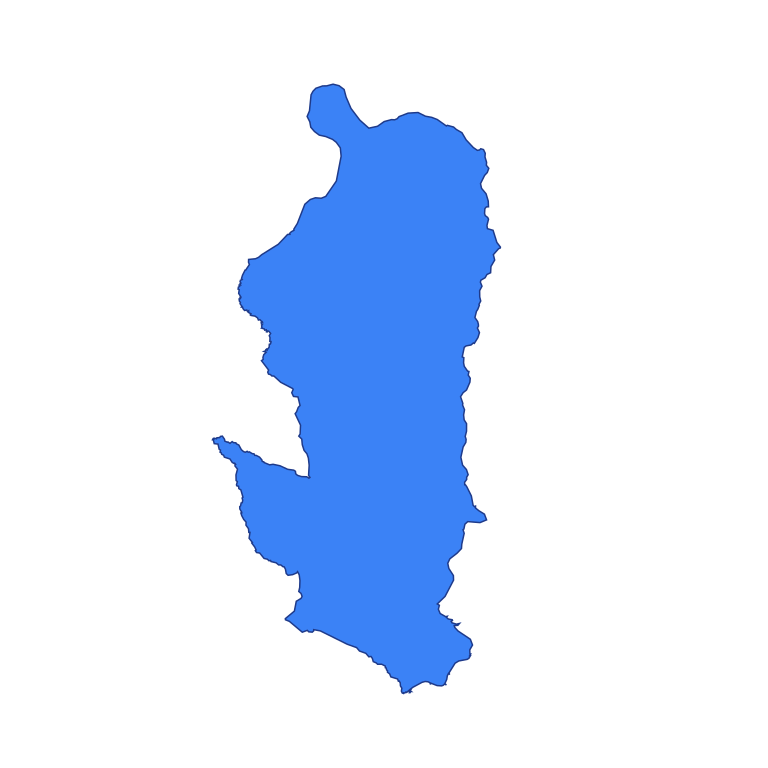 outline of Bole, Northern, Ghana, rotated 217°
{"feature_id": "2480657B39398526932747", "entity_name": "Bole", "entity_type": "district", "adm_level": 2, "iso_a3": "GHA", "parent_name": "Ghana", "parent_adm1": "Northern", "projection": "orthographic", "projection_center": [-2.328, 8.691], "detail": "fine", "context": "isolated", "style": "filled", "palette": "blue", "viewbox_px": 768, "rotation_deg": 217, "n_neighbors": 0, "source": "geoboundaries", "source_scale": "gbopen_adm2", "svg_char_len": 6171}
<svg xmlns="http://www.w3.org/2000/svg" viewBox="0 0 768 768"><g transform="rotate(217 384 384)"><path d="M183.5,148.2L182.2,148.6L182.5,149.2L181.4,149.8L181.1,151.3L180.3,151.3L179.5,155.1L178.0,152.7L177.4,153.3L178.0,154.2L177.2,154.8L178.4,154.8L178.6,156.2L179.2,155.9L178.5,159.0L174.1,168.6L172.1,171.2L169.4,172.8L167.4,173.0L166.0,172.0L166.8,173.2L160.1,175.1L156.3,177.6L155.4,179.0L155.1,181.1L154.5,180.8L153.1,181.3L155.1,181.3L156.1,185.8L157.8,189.0L158.3,191.5L156.7,191.5L158.2,192.3L159.2,203.8L157.6,207.8L151.8,214.2L151.1,216.0L151.5,219.1L152.1,218.7L152.3,220.6L153.0,220.2L155.5,223.3L156.2,228.8L161.4,232.1L176.2,231.3L181.1,232.2L182.5,233.3L179.8,235.7L179.6,238.2L181.6,235.8L186.0,234.2L187.5,234.8L187.0,236.4L187.7,236.8L191.2,235.0L193.6,235.2L193.7,236.5L194.7,235.3L201.0,234.5L205.0,236.8L206.6,240.6L209.1,240.4L207.4,251.1L210.4,269.2L213.3,272.8L221.2,275.7L225.2,279.2L226.2,284.0L223.8,293.0L223.1,299.2L225.5,302.9L230.1,313.0L233.2,315.2L232.9,316.2L235.0,320.7L234.3,324.5L223.9,331.1L220.3,337.2L225.5,340.5L231.8,339.9L236.2,340.0L237.4,341.5L237.8,340.5L239.9,340.8L246.9,347.2L255.9,351.7L258.2,352.5L258.9,352.1L260.5,354.1L260.5,357.5L261.9,359.3L262.2,362.2L266.7,365.3L272.4,366.5L278.5,371.7L282.9,381.3L283.5,386.6L285.1,389.2L287.6,391.0L289.7,396.0L294.2,402.0L298.4,403.6L301.8,407.2L304.2,411.9L308.6,414.5L309.4,416.0L315.2,419.9L315.6,424.7L314.5,428.9L316.5,437.2L318.6,440.5L322.1,441.8L323.7,445.1L325.0,444.6L330.5,446.4L333.2,448.8L336.1,453.1L337.8,452.7L342.0,461.6L341.3,463.9L338.0,467.5L337.3,470.6L336.3,470.8L336.9,477.6L338.7,482.5L343.1,484.9L343.4,487.1L344.6,488.5L346.7,490.2L351.4,491.8L353.9,497.7L354.0,499.9L355.2,504.2L356.1,504.8L356.7,508.5L359.9,511.1L363.8,516.1L364.6,521.1L368.3,523.3L369.1,525.2L367.2,529.7L367.7,533.4L365.8,537.0L369.3,542.2L370.2,549.6L374.5,553.1L373.9,561.0L373.0,562.6L373.4,563.4L379.1,565.0L389.4,572.4L394.9,570.3L397.2,572.6L399.7,578.5L401.4,579.4L404.5,579.4L406.3,580.7L409.0,584.8L408.8,587.1L407.2,588.4L410.8,592.8L416.9,597.3L423.9,599.0L427.5,602.1L429.2,611.1L428.8,615.0L430.1,619.3L433.9,620.3L435.5,622.8L440.0,626.1L442.0,629.2L445.6,631.1L448.3,630.1L448.5,628.5L450.0,626.8L455.0,626.6L465.3,628.4L473.0,631.6L479.4,630.8L483.1,631.1L489.1,628.7L489.5,627.6L500.6,627.3L506.3,625.7L512.1,622.8L520.2,621.3L527.8,614.8L532.9,606.6L533.1,603.8L534.5,601.4L537.1,599.7L541.8,593.7L544.3,585.9L550.1,579.2L562.1,580.2L576.2,584.2L587.0,590.4L593.1,595.2L599.4,595.2L605.1,592.8L609.2,587.6L612.4,585.1L616.4,579.2L616.9,575.1L616.3,571.1L607.9,557.3L606.4,551.4L601.0,548.7L597.0,545.0L591.5,543.8L585.5,543.8L579.4,546.6L572.3,548.4L567.6,548.3L561.0,546.3L555.3,540.1L544.2,517.4L543.4,498.8L545.9,494.6L550.9,491.4L553.9,487.0L555.4,479.9L549.8,460.1L549.2,453.4L548.4,452.6L549.7,449.7L550.0,447.5L549.2,446.9L551.0,445.4L552.5,432.0L559.5,413.7L560.4,409.7L562.0,406.7L567.1,402.0L565.5,399.7L563.4,398.4L563.0,391.8L563.5,391.4L562.5,385.8L561.3,382.5L560.1,382.1L561.1,380.5L560.5,379.0L559.0,378.5L559.3,377.2L558.1,376.7L559.2,375.7L558.1,375.0L558.6,373.7L557.6,371.9L556.4,372.2L554.6,368.9L550.5,367.3L550.2,366.1L550.8,366.1L550.3,365.4L550.9,364.7L549.3,363.1L547.8,362.8L547.3,361.5L544.4,360.6L544.2,359.6L543.3,360.3L541.9,359.3L539.6,358.8L538.1,360.5L536.6,359.7L536.2,361.0L535.1,359.6L532.5,360.0L532.4,358.7L531.5,358.7L527.8,360.6L524.8,360.7L522.8,359.5L521.8,360.7L520.3,360.5L519.3,360.2L519.5,359.4L518.8,360.5L518.2,360.2L519.0,359.1L517.9,358.1L517.0,358.6L516.8,356.8L515.4,355.6L515.5,354.9L512.8,355.9L511.7,355.2L510.6,356.4L509.3,354.9L508.6,355.3L508.8,356.4L507.9,356.8L505.0,356.2L504.7,353.5L503.0,352.5L500.8,349.3L499.8,349.9L499.2,348.9L498.8,347.5L499.5,346.7L497.9,344.3L497.9,342.0L498.6,341.6L497.8,340.7L499.0,340.3L498.7,338.8L499.4,337.8L497.2,338.5L497.7,335.1L496.7,332.4L495.3,330.9L495.9,328.9L484.6,325.7L484.0,323.5L482.2,322.4L480.3,323.2L478.5,322.9L476.7,324.1L467.4,323.2L454.2,325.4L453.3,325.0L452.4,321.5L448.8,319.6L444.9,321.9L438.1,316.3L438.4,313.7L437.1,309.2L437.1,306.8L425.9,300.9L420.9,293.6L420.7,291.1L416.5,290.5L412.7,286.3L407.9,282.9L403.6,281.9L399.9,279.4L394.9,274.1L389.3,265.7L386.9,264.8L387.3,263.6L389.9,263.4L394.2,260.4L398.1,259.0L400.5,259.2L402.2,261.0L404.2,260.9L409.6,257.9L417.9,256.1L424.3,253.1L426.7,250.6L432.5,249.1L433.1,249.5L434.6,248.9L435.9,249.9L439.4,250.7L443.0,250.1L444.3,249.2L445.7,250.0L447.3,249.1L450.6,248.8L451.4,247.8L452.8,247.9L453.7,246.0L455.5,245.5L458.4,245.7L463.2,247.9L465.9,247.4L466.9,247.9L468.9,246.6L470.6,246.6L471.3,243.9L473.8,243.8L474.1,243.2L476.8,242.6L478.1,243.9L481.7,245.1L483.1,243.7L483.0,242.3L485.1,240.5L484.8,239.5L487.0,238.5L486.6,238.0L487.6,237.5L487.4,236.2L486.6,236.6L483.7,234.2L480.4,236.1L476.4,232.7L474.8,232.8L473.9,230.9L472.9,231.2L471.3,230.2L469.2,230.6L467.5,229.5L461.9,231.4L458.0,230.0L456.0,230.3L455.6,230.9L454.1,230.5L454.4,229.8L453.6,228.8L449.8,227.9L447.5,222.3L444.0,217.9L442.4,217.8L441.1,214.6L440.2,214.1L438.6,214.8L437.0,213.1L434.6,213.3L428.5,208.7L428.7,207.5L426.9,206.2L425.8,203.9L426.5,203.0L425.2,200.4L425.4,199.2L423.9,197.4L420.5,196.0L420.0,195.4L420.6,194.8L418.3,193.2L414.5,191.4L411.0,190.7L409.3,188.2L405.2,186.9L402.6,184.1L401.7,184.8L398.9,179.6L393.7,178.2L393.9,177.4L389.1,176.0L386.3,174.5L386.5,173.5L384.4,172.7L381.5,174.2L374.8,172.5L371.7,173.9L369.5,173.6L368.4,174.8L367.4,174.2L362.5,176.3L359.3,176.1L357.6,177.4L354.7,177.3L353.7,177.9L351.3,176.8L348.0,173.8L345.5,173.5L342.2,176.8L340.1,180.5L340.1,182.1L336.9,180.6L332.8,176.4L328.9,170.8L327.2,167.0L324.2,166.8L321.6,165.1L321.2,162.9L323.3,157.7L318.9,148.7L321.6,137.2L320.8,136.4L316.7,137.5L299.9,136.6L297.0,141.1L294.9,140.8L291.9,142.7L291.6,144.6L292.3,145.5L286.3,148.5L256.9,154.0L247.2,157.0L242.9,156.0L236.4,158.0L231.9,157.0L230.4,158.6L228.1,157.8L225.5,155.8L222.3,156.6L220.5,156.3L217.2,158.8L213.2,159.5L212.2,158.2L211.3,158.5L209.9,157.2L208.7,157.2L207.8,155.9L205.0,155.9L202.3,154.2L195.6,156.6L193.7,155.3L193.3,155.9L191.3,155.2L189.2,152.8L186.7,151.8L185.3,149.2L183.5,148.2Z" fill="#3b82f6" stroke="#1e3a8a" stroke-width="1.5"/></g></svg>